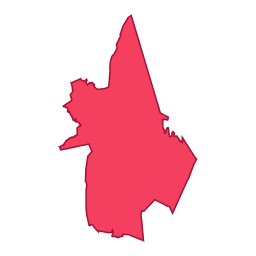 outline of San Luis Amatlán, Oaxaca, Mexico
{"feature_id": "50627088B42859647725338", "entity_name": "San Luis Amatlán", "entity_type": "district", "adm_level": 2, "iso_a3": "MEX", "parent_name": "Mexico", "parent_adm1": "Oaxaca", "projection": "equal_earth", "projection_center": [-96.504, 16.471], "detail": "fine", "context": "isolated", "style": "filled", "palette": "rose", "viewbox_px": 256, "rotation_deg": 0, "n_neighbors": 0, "source": "geoboundaries", "source_scale": "gbopen_adm2", "svg_char_len": 5502}
<svg xmlns="http://www.w3.org/2000/svg" viewBox="0 0 256 256"><path d="M73.2,120.2L73.9,120.7L74.2,120.8L74.7,120.5L75.2,119.2L75.4,118.9L75.6,118.9L76.1,119.3L75.8,119.9L75.5,120.5L75.4,120.9L75.7,121.8L76.1,122.0L76.7,121.6L77.0,121.3L77.7,121.8L77.9,122.0L78.4,122.6L79.0,122.8L79.3,123.0L79.4,123.3L79.4,123.5L79.4,123.8L79.6,124.2L80.2,124.3L80.6,124.5L80.8,124.7L80.8,125.6L80.6,126.0L79.9,125.9L79.4,125.9L78.9,126.2L78.8,126.6L77.4,127.6L77.0,128.0L77.2,129.6L77.2,130.9L77.2,131.7L77.1,132.0L77.2,132.3L77.1,132.9L77.1,133.2L77.3,133.7L77.3,134.9L76.6,135.0L76.1,135.1L75.5,135.6L75.5,136.0L75.0,136.6L74.6,136.9L74.3,136.9L74.2,136.6L73.7,137.3L73.5,137.5L72.8,137.2L72.6,137.0L72.3,137.0L72.1,137.2L71.8,137.3L71.7,137.3L71.4,137.3L71.1,137.3L70.8,137.5L70.5,137.8L70.3,137.8L70.2,137.9L69.9,138.5L69.7,138.6L69.4,138.8L69.2,138.8L69.1,138.7L68.9,138.5L68.7,138.7L68.5,139.2L68.1,139.4L67.7,139.6L67.4,139.9L67.1,139.9L66.9,140.1L66.7,140.4L66.2,140.6L65.9,141.0L66.1,141.4L65.5,141.8L65.4,141.9L65.2,142.3L65.1,142.7L64.6,142.9L63.9,144.1L64.1,144.4L64.1,144.6L64.1,144.8L63.8,144.8L63.4,144.7L63.2,144.7L63.1,144.9L63.0,145.2L62.4,145.7L61.8,145.6L60.9,146.1L60.6,146.6L60.4,147.1L59.9,147.1L59.5,147.0L60.8,149.9L64.3,149.2L67.3,148.6L76.2,146.7L76.4,146.6L76.9,146.5L78.9,146.1L79.0,146.1L79.6,145.9L82.5,145.3L82.8,145.3L85.2,144.8L86.5,144.6L88.8,144.0L89.4,145.6L90.8,148.8L91.9,151.5L90.2,153.5L89.9,153.8L87.8,156.4L87.7,157.1L87.3,159.3L87.1,160.9L86.8,163.0L86.6,164.3L86.0,168.5L85.9,169.0L86.0,169.0L85.9,169.9L85.4,181.2L86.5,183.3L86.7,184.7L86.8,185.3L86.7,185.9L86.6,186.5L86.6,187.2L86.6,187.6L86.4,187.9L86.3,188.5L86.1,188.9L86.1,208.8L86.7,213.9L86.7,214.5L86.8,215.2L87.0,215.9L87.1,216.6L87.3,217.3L87.4,217.6L89.1,225.5L89.2,226.0L89.2,225.9L89.3,225.3L89.4,225.2L89.6,225.2L90.1,225.1L90.2,225.3L90.3,225.5L90.3,226.2L90.4,225.7L90.3,225.1L90.4,224.9L90.5,224.8L90.8,224.6L91.2,224.5L91.7,224.6L92.7,225.0L93.3,225.8L93.4,226.3L98.3,231.9L98.6,231.2L99.0,230.8L101.2,231.4L102.2,231.4L103.2,231.7L108.3,232.6L111.4,232.6L111.5,232.1L111.9,231.7L112.0,231.2L112.1,230.6L112.3,230.2L112.5,229.9L113.0,231.0L113.1,231.8L113.0,232.6L112.9,233.2L112.8,233.9L112.3,234.9L111.9,236.1L112.6,236.6L114.7,236.6L115.3,236.2L116.2,236.3L116.4,237.2L117.5,237.2L117.6,237.4L117.8,237.3L118.0,237.5L118.3,237.6L118.6,237.5L118.7,237.4L118.9,237.3L119.2,237.1L119.4,237.0L119.6,236.8L119.8,236.8L120.1,236.6L121.1,236.6L121.5,236.4L121.9,236.1L122.3,236.1L122.7,236.2L122.7,235.3L122.8,234.9L122.8,234.6L122.8,234.2L129.8,234.8L130.4,235.4L143.5,240.6L142.0,224.6L141.6,219.8L140.9,214.3L141.9,210.9L143.8,211.2L154.8,199.7L162.6,203.6L166.5,205.7L167.7,206.3L169.5,206.6L172.5,213.3L178.2,200.9L178.6,199.7L187.5,180.1L188.0,179.5L188.1,179.1L188.8,178.1L189.9,174.8L194.0,164.0L195.4,161.5L195.9,160.5L196.2,159.5L196.5,159.3L196.3,158.7L196.2,158.6L195.9,158.8L182.3,137.4L182.3,142.2L182.1,141.9L181.9,141.6L181.6,141.5L181.1,141.2L180.9,141.1L180.7,141.5L180.4,141.5L179.9,141.5L179.6,141.1L179.5,140.9L179.4,139.7L179.2,139.4L179.1,139.1L178.9,138.8L177.9,137.9L177.4,137.3L177.4,137.1L177.4,136.8L177.3,136.5L177.1,136.1L173.9,136.1L174.1,134.9L174.4,134.2L174.5,134.1L174.6,133.7L174.5,133.3L174.5,133.2L174.2,133.0L174.0,132.9L173.8,132.7L173.6,132.5L173.2,131.9L173.0,131.6L172.9,131.5L172.6,131.7L172.4,132.0L172.1,132.7L172.0,133.1L171.8,134.5L171.7,135.0L171.4,135.4L171.3,136.0L170.9,136.7L169.4,136.4L168.3,127.8L168.0,127.7L167.3,127.8L166.9,128.2L166.7,128.7L166.5,129.1L166.2,130.3L165.8,131.4L165.6,132.6L165.5,133.0L165.4,133.2L165.2,133.3L164.6,132.5L164.4,131.9L164.4,131.3L164.4,130.6L164.4,130.1L164.3,129.7L164.1,129.5L163.8,129.2L163.2,128.6L163.2,128.3L163.1,127.9L162.9,127.2L162.6,119.7L163.4,119.9L163.7,119.9L163.9,119.7L164.2,119.4L164.6,119.3L164.9,119.1L165.2,119.2L165.5,119.5L166.0,119.7L166.2,119.8L166.7,119.9L167.1,120.0L167.4,120.0L167.8,119.8L167.9,119.6L168.0,119.0L168.0,118.4L168.1,117.7L168.3,117.5L168.4,117.2L164.4,115.2L161.7,113.7L161.4,113.6L160.4,113.2L131.2,15.4L128.1,17.6L123.1,26.0L120.4,33.8L120.3,34.2L120.2,34.5L120.3,34.9L120.4,35.2L120.4,35.5L120.6,35.8L116.4,44.6L117.2,47.9L116.3,49.5L116.0,50.2L115.9,50.7L115.7,51.4L115.3,51.7L114.9,52.2L114.7,52.7L114.6,53.3L114.4,53.9L113.9,54.3L113.4,54.6L113.0,55.0L112.7,55.5L112.2,55.9L112.0,56.4L111.8,57.0L110.4,61.3L109.9,66.7L110.0,71.3L109.3,80.0L109.3,81.4L109.2,81.5L108.7,87.0L104.2,88.7L103.0,88.8L102.2,88.9L100.9,89.0L99.0,89.2L97.4,89.3L95.8,88.1L94.2,86.7L94.3,85.3L94.3,85.2L94.3,84.4L92.9,84.8L93.1,83.8L92.5,83.0L92.6,82.6L91.7,82.4L89.9,83.0L89.4,82.7L89.4,83.3L88.6,83.7L88.5,83.8L87.6,84.9L86.0,82.9L87.0,80.4L86.6,79.3L85.6,80.0L85.4,80.4L85.0,80.6L84.8,80.9L84.1,81.1L83.6,81.4L83.1,80.5L82.8,80.6L81.9,80.4L81.4,80.0L81.1,79.6L81.0,79.2L80.6,78.7L71.4,82.9L71.2,82.8L72.2,86.8L72.7,91.6L70.2,94.8L70.5,95.4L70.7,96.0L70.8,96.6L71.2,98.1L71.6,98.6L71.8,99.2L71.5,99.7L71.3,100.7L63.7,105.8L63.3,105.9L63.1,106.5L62.9,106.7L63.0,106.6L63.3,106.7L63.5,106.7L63.8,106.4L64.7,106.4L65.1,107.1L65.4,107.3L65.8,107.2L66.8,107.8L67.4,108.6L67.7,108.8L67.9,109.1L68.0,109.4L67.9,110.0L67.5,110.8L67.5,111.3L67.6,111.7L68.2,112.0L68.5,111.7L69.0,111.5L69.3,111.7L69.2,112.1L69.2,112.5L69.4,112.6L69.6,112.8L69.8,113.2L70.1,113.6L70.5,114.3L70.7,114.8L70.8,115.4L70.8,115.5L71.5,116.2L71.8,116.2L72.0,116.2L72.0,116.4L72.1,116.6L72.0,117.4L72.2,117.8L72.5,117.7L72.7,118.0L72.8,119.1L72.9,119.5L73.2,120.2Z" fill="#f43f5e" stroke="#9f1239" stroke-width="1.5"/></svg>